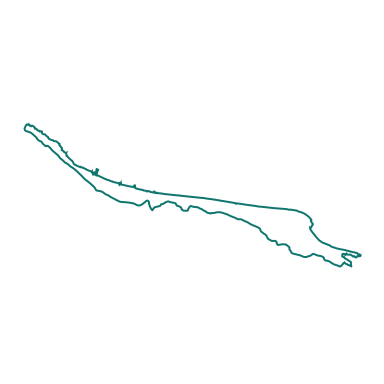 Khlong Yai, Thailand (Robinson projection), rotated 132°
{"feature_id": "78962969B6088358830933", "entity_name": "Khlong Yai", "entity_type": "district", "adm_level": 2, "iso_a3": "THA", "parent_name": "Thailand", "parent_adm1": "", "projection": "robinson", "projection_center": [102.857, 11.818], "detail": "fine", "context": "isolated", "style": "outline", "palette": "teal", "viewbox_px": 384, "rotation_deg": 132, "n_neighbors": 0, "source": "geoboundaries", "source_scale": "gbopen_adm2", "svg_char_len": 5924}
<svg xmlns="http://www.w3.org/2000/svg" viewBox="0 0 384 384"><g transform="rotate(132 192 192)"><path d="M128.3,25.2L128.1,25.4L127.8,25.2L126.9,24.1L126.3,24.2L126.1,24.5L126.3,25.3L126.2,25.5L126.2,25.8L126.6,26.1L127.1,27.1L126.9,27.9L127.1,28.4L127.0,28.9L127.7,29.7L128.1,30.7L129.7,33.4L133.2,40.2L136.0,44.7L137.5,47.6L139.4,52.1L139.5,52.4L139.4,53.5L142.3,61.3L142.8,65.0L142.5,68.6L141.2,76.5L140.8,78.2L140.0,80.0L139.4,79.8L139.1,80.3L138.9,79.8L137.8,79.9L136.4,80.5L135.8,80.3L135.0,80.7L134.8,81.0L134.6,82.8L134.3,83.6L134.0,83.7L133.8,84.4L133.0,84.5L132.7,84.8L132.7,86.0L132.4,86.5L132.3,88.8L132.4,90.3L132.7,93.3L133.8,97.0L135.3,99.9L135.7,101.7L138.9,106.6L139.2,107.1L139.9,107.5L141.6,110.5L149.0,120.1L157.0,131.2L158.0,132.4L158.7,133.6L160.7,136.7L165.7,143.9L168.3,148.0L170.1,150.5L171.2,151.5L170.9,151.7L172.2,153.9L183.4,171.4L188.0,178.1L188.2,178.7L191.2,182.6L202.5,198.1L202.5,198.4L203.7,199.8L212.0,211.2L213.6,213.8L216.0,217.0L215.9,217.2L216.2,217.4L216.1,217.5L216.7,218.5L216.9,218.5L216.9,219.0L217.1,218.8L217.2,219.1L217.4,219.1L217.4,219.4L217.5,219.3L218.2,220.8L218.6,220.8L218.9,221.3L219.9,223.4L219.8,223.5L220.6,225.1L221.0,225.5L221.5,225.7L221.3,226.0L223.3,229.1L223.3,229.8L223.9,230.8L224.2,231.0L226.8,235.9L226.8,236.2L227.0,236.6L226.7,236.8L226.4,237.8L225.3,238.7L225.4,238.9L226.2,238.4L226.4,238.7L225.5,239.6L227.2,238.5L227.5,238.8L230.2,243.2L233.9,249.9L233.4,250.2L233.0,250.7L234.1,250.3L234.2,250.5L233.5,251.1L235.2,250.6L235.2,251.0L234.3,251.5L233.7,251.6L233.6,251.8L233.8,252.0L234.0,252.0L234.2,251.6L234.4,251.7L235.3,253.9L236.1,255.0L236.5,256.0L237.3,257.3L237.5,258.3L238.3,259.6L238.4,260.5L239.1,262.1L239.6,262.9L240.3,265.2L240.6,265.7L240.8,266.7L242.4,271.8L242.5,272.5L242.9,273.2L243.0,274.3L244.6,274.1L240.7,275.7L240.0,276.3L238.9,276.3L238.3,276.6L238.6,277.8L238.7,278.1L239.1,278.0L239.0,277.4L240.7,276.8L240.8,277.1L242.0,276.8L244.3,276.5L244.3,276.8L242.7,277.3L242.9,277.8L245.1,277.4L245.0,277.7L243.3,278.6L243.9,278.5L244.3,279.3L244.4,279.5L243.8,280.0L244.3,280.0L244.2,280.4L244.3,281.0L245.9,285.0L246.0,286.2L246.7,288.4L246.8,289.4L247.2,289.7L247.9,291.1L248.7,291.0L248.0,291.4L247.9,291.6L248.3,291.7L249.5,295.0L249.8,297.0L250.2,297.6L250.2,298.6L249.7,299.8L249.4,300.5L249.0,302.1L249.2,302.7L249.1,305.6L249.2,306.6L248.8,308.4L249.2,309.1L249.2,309.4L248.4,309.9L247.5,311.7L247.1,311.8L247.3,311.9L247.3,312.2L247.6,312.6L247.8,313.3L247.8,314.4L247.5,314.8L247.8,315.9L247.8,316.3L247.6,316.4L247.5,316.9L247.8,317.0L247.6,317.3L246.9,317.6L246.3,318.3L246.4,319.5L246.0,320.1L245.9,320.6L246.1,321.6L245.7,322.2L245.1,322.3L244.8,322.9L245.1,323.3L245.1,323.8L245.2,324.1L245.0,325.2L245.2,326.8L245.6,327.5L246.2,328.1L246.7,329.2L246.6,329.8L247.5,331.5L247.8,332.5L248.2,333.8L248.0,334.1L248.0,335.3L247.5,335.8L247.8,337.9L247.5,339.4L248.0,340.4L248.5,341.1L248.7,342.2L248.6,342.9L247.6,343.8L247.5,344.2L247.8,344.8L248.9,345.3L248.9,345.5L248.6,345.9L248.7,346.4L249.4,347.6L249.3,348.5L249.5,348.9L249.3,349.2L249.3,349.6L249.6,350.9L250.0,351.1L249.9,351.3L249.6,351.4L249.3,351.9L249.5,352.4L249.2,353.4L249.3,354.2L249.8,355.2L250.3,355.5L250.5,356.3L251.2,356.7L251.3,357.0L251.0,357.3L251.1,358.5L251.3,357.9L251.4,358.4L251.6,358.6L251.3,358.9L251.8,359.0L252.4,360.0L253.7,359.9L256.5,359.1L257.0,358.7L257.6,358.0L257.8,357.4L257.9,356.4L255.9,351.9L255.6,349.6L255.6,344.3L256.2,342.2L256.3,340.8L256.0,339.3L255.5,338.1L255.4,337.5L256.0,334.7L255.8,333.1L256.0,331.7L255.7,331.2L254.4,330.3L254.2,329.9L254.1,326.9L254.6,323.5L254.4,315.9L255.0,313.4L255.1,311.8L254.9,308.7L255.1,306.4L254.9,305.0L254.3,303.3L254.4,299.9L253.8,296.3L253.6,293.8L253.6,291.8L253.8,285.3L254.2,280.2L253.8,275.1L253.7,269.9L253.7,268.7L254.0,266.6L254.4,265.8L254.8,264.1L252.5,260.2L252.1,259.3L251.8,258.0L251.5,254.8L250.5,251.8L250.1,249.0L248.0,240.7L247.4,239.1L246.2,237.1L245.0,235.8L242.5,232.4L239.6,227.8L238.3,223.6L237.6,222.4L236.2,221.4L234.2,220.7L229.6,220.0L228.4,219.6L228.1,219.2L228.0,218.3L228.2,217.2L229.0,216.6L229.8,215.6L231.3,212.7L232.0,210.7L232.1,209.6L232.0,209.3L231.5,209.3L229.8,209.6L228.6,209.5L227.8,209.2L223.9,206.5L223.5,206.4L221.8,206.7L221.4,206.5L220.3,205.6L216.5,204.4L214.9,203.4L213.9,201.1L211.7,197.4L211.5,196.5L211.6,195.7L212.1,195.0L212.3,194.3L211.2,191.8L211.0,190.9L210.9,189.7L211.2,188.8L211.7,188.2L211.8,187.5L211.8,186.7L211.3,185.5L209.0,182.9L208.5,182.8L207.6,183.3L204.5,183.9L203.2,183.5L202.1,181.1L200.0,178.2L199.2,176.7L199.0,175.0L198.3,173.7L198.0,171.3L197.3,168.6L197.3,167.7L196.9,166.3L196.4,165.4L195.5,163.8L195.0,163.7L192.8,161.6L189.9,159.5L188.6,158.0L187.3,155.9L185.1,150.9L183.9,146.8L182.5,143.2L181.6,140.0L181.3,139.4L179.7,137.6L179.3,136.8L178.3,133.3L177.3,130.4L176.8,127.3L176.1,124.9L174.1,119.2L173.8,117.2L173.9,116.6L174.8,115.2L175.1,114.1L174.9,110.8L174.6,109.4L174.6,107.5L175.6,105.1L175.9,104.0L175.1,100.4L174.8,99.8L172.7,97.4L172.5,96.9L172.5,95.9L173.4,94.6L173.9,93.4L173.9,92.9L173.6,92.5L170.2,89.7L168.2,87.1L167.9,83.1L168.0,82.6L169.4,81.2L169.7,80.5L169.8,78.9L170.5,77.8L170.6,77.1L170.0,75.3L166.8,69.5L165.6,66.0L164.9,64.7L163.7,63.5L162.6,63.0L160.8,61.7L159.5,61.2L157.2,60.8L156.4,59.6L155.0,55.8L153.5,53.7L152.7,51.5L152.6,50.7L152.7,50.0L153.5,48.6L153.7,47.9L153.6,47.0L152.6,45.6L151.7,43.5L151.4,41.0L150.7,37.8L149.2,34.6L148.6,32.5L148.2,32.1L147.1,31.7L143.0,31.7L142.3,31.5L142.6,30.9L142.5,29.9L141.9,28.4L141.8,27.5L140.6,24.0L140.4,24.1L139.5,25.4L138.8,26.0L137.7,27.2L138.6,32.5L139.0,33.9L138.8,34.4L138.9,35.1L138.6,35.5L139.4,36.9L139.1,37.7L137.3,38.6L136.7,38.2L136.6,37.5L135.9,37.0L136.3,36.4L136.2,35.8L134.4,35.9L134.6,35.3L134.5,34.8L134.0,33.9L132.6,32.5L132.4,32.0L132.1,29.9L131.9,29.6L132.1,29.1L131.7,28.4L131.2,28.3L131.3,27.6L130.9,26.3L130.5,26.1L129.2,26.3L128.9,26.0L128.3,25.2Z" fill="none" stroke="#0f766e" stroke-width="2"/></g></svg>